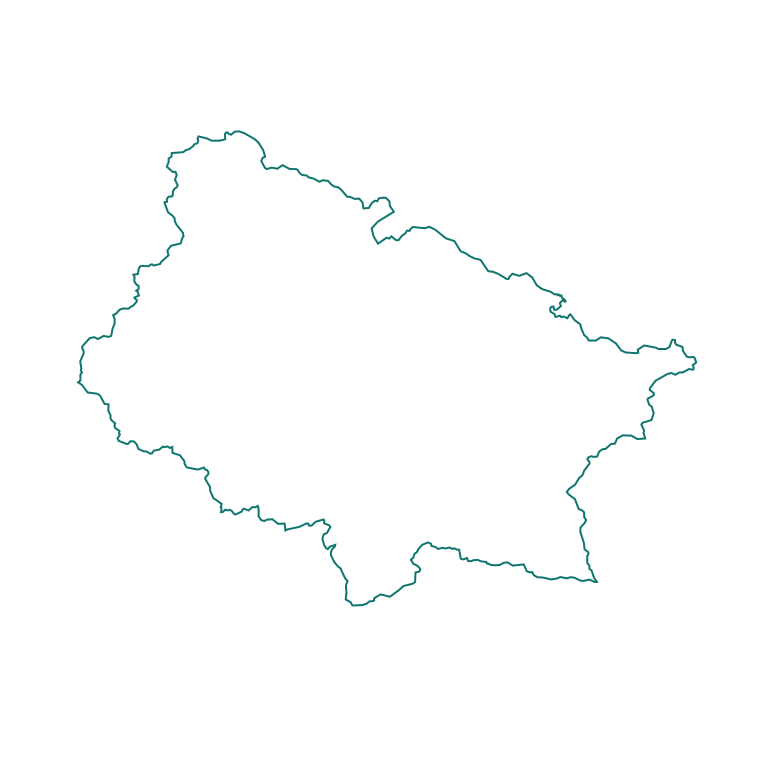 outline of Melgar, Puno, Peru, rotated 280°
{"feature_id": "86281439B3458988471442", "entity_name": "Melgar", "entity_type": "district", "adm_level": 2, "iso_a3": "PER", "parent_name": "Peru", "parent_adm1": "Puno", "projection": "orthographic", "projection_center": [-70.684, -14.635], "detail": "fine", "context": "isolated", "style": "outline", "palette": "teal", "viewbox_px": 768, "rotation_deg": 280, "n_neighbors": 0, "source": "geoboundaries", "source_scale": "gbopen_adm2", "svg_char_len": 6149}
<svg xmlns="http://www.w3.org/2000/svg" viewBox="0 0 768 768"><g transform="rotate(280 384 384)"><path d="M606.7,193.4L603.0,190.0L603.2,188.0L604.6,186.2L604.3,184.9L602.6,184.0L597.4,185.1L595.1,180.0L593.7,172.1L595.1,166.8L595.6,158.3L593.3,157.7L591.3,158.8L588.8,158.4L586.8,155.2L585.5,155.0L581.5,151.5L580.0,148.5L577.4,145.9L574.6,134.9L571.0,135.2L568.6,132.8L565.4,133.4L560.3,132.4L556.2,139.0L556.7,141.9L553.6,143.6L548.9,142.7L543.9,146.3L541.7,145.7L539.9,143.7L537.1,142.7L533.1,143.2L531.7,142.4L531.3,139.8L530.2,138.8L528.6,138.0L525.8,138.6L525.1,136.6L524.3,136.4L515.5,141.6L513.1,146.4L510.6,149.1L508.2,149.6L505.0,151.9L498.0,159.7L494.6,160.9L493.1,160.1L487.0,159.3L483.3,150.4L477.8,147.5L473.3,149.4L465.6,143.4L463.3,142.7L460.7,136.5L461.5,135.1L461.2,133.7L459.1,131.7L458.1,124.0L455.6,122.5L449.6,122.5L448.1,118.2L446.2,119.7L441.5,120.4L438.8,123.1L437.9,125.4L434.8,125.8L432.8,123.8L432.4,125.1L428.5,127.3L426.0,123.3L425.0,123.6L423.9,125.9L422.2,126.2L417.0,122.9L416.5,121.5L413.8,119.3L413.0,113.7L411.3,110.8L406.6,107.8L404.8,105.3L401.3,107.5L396.5,108.2L391.5,107.1L384.0,107.0L382.6,104.7L382.6,99.5L378.6,94.4L379.8,90.4L378.0,86.2L368.6,80.3L366.7,80.7L364.1,82.6L362.0,82.9L353.5,80.9L346.7,83.2L344.5,83.1L342.9,84.6L340.8,83.4L334.7,84.4L332.5,82.5L330.7,86.7L324.2,93.6L324.6,103.0L324.0,105.0L323.0,106.6L315.8,112.3L316.1,116.3L309.8,117.1L305.6,120.2L302.9,120.5L301.0,122.0L298.6,126.1L296.1,125.8L294.2,126.5L291.8,131.7L289.8,131.5L288.2,132.7L284.1,131.0L281.9,132.7L280.2,141.2L280.9,142.5L283.6,144.3L284.0,147.6L281.5,151.1L277.5,153.2L275.9,159.2L276.3,161.8L274.8,166.1L275.4,167.6L278.4,168.8L280.2,173.8L284.0,177.2L283.7,178.8L284.9,181.6L283.8,184.4L285.2,186.4L279.4,187.7L278.4,195.3L273.6,200.6L270.4,201.7L267.6,204.3L267.4,215.6L270.5,221.1L268.9,222.4L268.3,225.0L266.8,226.3L264.8,226.7L260.8,224.2L259.1,224.7L252.2,230.7L249.3,231.0L242.1,235.7L237.7,245.0L234.4,244.5L233.7,245.5L229.5,245.8L230.2,247.7L232.6,249.4L232.4,252.2L233.4,253.8L232.3,256.4L229.9,259.0L229.7,260.4L233.6,266.0L235.9,266.5L236.9,267.8L235.9,272.5L239.9,275.8L240.2,278.6L242.0,280.9L238.5,282.4L231.7,283.5L228.6,286.8L228.3,290.0L230.1,292.2L231.4,297.6L227.9,304.0L229.3,310.3L222.6,312.4L224.0,314.1L228.5,325.2L233.4,332.2L233.2,333.8L231.5,334.6L232.0,337.3L236.4,340.5L240.1,348.0L238.6,349.1L236.4,349.2L235.3,354.5L234.0,356.0L227.2,353.6L225.7,350.9L222.6,350.2L220.2,350.5L214.6,353.3L212.3,355.5L211.6,357.3L214.4,358.9L217.1,363.9L215.3,363.8L212.3,361.6L209.3,360.9L206.1,361.6L199.9,366.0L196.0,370.8L195.1,373.0L186.0,379.4L183.6,382.3L179.0,381.5L171.8,383.3L165.1,383.7L163.4,388.9L160.4,391.3L162.5,401.0L164.7,405.2L167.4,407.4L168.4,411.1L169.2,411.8L171.3,411.5L176.2,417.2L175.5,426.7L183.6,434.5L188.4,438.2L192.3,446.9L194.6,449.0L203.8,447.7L205.5,451.5L207.9,452.0L210.7,448.8L212.0,444.2L215.6,441.0L217.9,443.0L222.2,443.6L224.1,445.6L227.7,446.7L232.2,449.5L235.6,454.7L234.8,458.0L232.7,459.0L232.5,462.5L231.0,466.1L232.8,469.7L232.7,473.2L234.4,477.2L233.4,479.6L234.4,481.8L233.5,484.8L233.9,486.8L225.3,489.9L225.0,492.5L227.0,496.0L224.3,497.5L224.6,500.6L226.0,502.6L227.1,506.9L226.2,510.0L226.5,515.7L225.0,516.5L225.3,518.1L224.4,520.1L224.7,524.6L225.8,529.3L228.6,532.8L229.8,536.3L227.5,542.5L230.6,552.9L224.4,557.1L223.8,560.5L224.6,562.5L221.9,564.5L220.3,568.7L221.0,573.8L220.6,582.9L222.4,587.8L224.5,591.2L224.4,597.8L226.2,601.5L226.3,605.1L224.5,611.6L224.6,614.2L227.0,620.4L225.6,625.9L226.1,628.0L229.6,624.5L236.2,620.9L237.7,618.4L240.6,617.9L243.1,615.3L249.8,614.0L251.5,614.8L253.7,614.5L256.1,610.2L262.3,608.4L272.8,602.9L276.9,602.5L281.9,605.7L285.1,606.7L287.6,604.3L292.4,603.3L294.3,600.3L294.5,597.6L303.8,592.0L307.4,585.0L309.4,582.8L312.8,584.4L318.0,589.7L325.2,592.4L328.8,595.3L333.5,596.2L341.2,600.2L342.7,599.9L345.3,597.3L347.4,598.2L348.9,600.8L348.6,603.0L349.6,606.5L355.0,607.7L358.0,611.1L358.4,613.3L364.3,618.0L365.4,621.8L370.7,623.0L374.9,628.0L376.1,636.5L373.8,643.2L375.7,650.7L380.9,648.1L383.1,648.4L388.8,644.5L390.8,645.4L394.9,653.6L402.1,654.7L408.1,651.6L409.8,648.7L414.3,646.2L415.5,646.4L418.9,650.8L420.5,651.7L422.0,651.1L424.2,646.8L426.0,646.6L434.3,650.8L443.1,661.4L444.8,665.4L443.7,669.2L446.6,672.9L447.4,676.4L451.7,681.8L451.7,685.9L453.4,686.3L456.3,684.8L459.3,687.7L463.3,685.7L464.4,684.2L463.3,680.1L463.5,677.4L468.5,672.7L472.3,671.5L473.5,664.9L475.0,663.5L477.8,663.0L477.9,661.2L477.6,660.3L476.1,659.8L470.2,658.8L467.4,655.6L466.1,648.0L467.0,645.5L467.1,633.5L461.9,628.0L459.0,629.0L458.2,627.5L457.0,616.5L458.2,611.8L464.2,605.4L467.9,597.2L467.6,589.4L463.6,585.1L462.4,578.0L464.8,576.2L467.1,572.5L473.3,568.4L476.8,567.0L480.1,560.5L484.8,555.7L484.9,555.1L483.3,554.1L480.6,553.2L481.6,549.2L480.6,547.1L481.9,545.4L479.9,541.8L480.1,540.9L482.3,540.0L484.2,535.4L486.8,534.5L488.8,535.1L489.7,537.5L486.7,538.7L487.1,541.1L491.5,544.7L494.2,543.1L497.7,545.5L496.5,547.9L496.8,548.5L498.0,547.8L499.9,544.3L502.7,543.1L501.6,543.0L501.3,542.2L502.4,540.5L501.6,539.7L502.4,538.9L501.9,536.2L503.7,532.4L505.0,523.0L507.7,517.4L514.7,511.4L517.9,505.0L514.0,498.4L514.9,491.4L511.0,488.7L509.2,488.5L508.6,487.1L512.3,477.3L513.4,471.9L513.2,467.1L523.0,457.5L523.5,450.7L525.1,445.4L526.7,442.5L528.1,436.4L537.0,428.5L538.2,419.7L544.9,407.6L546.7,401.2L544.5,397.3L543.6,385.1L541.0,383.0L539.2,382.7L539.2,380.2L535.8,378.7L533.1,375.9L528.1,373.3L527.8,370.7L530.7,365.7L528.1,363.9L528.6,361.2L521.1,353.8L527.3,348.3L535.1,344.8L542.9,349.8L555.3,363.8L560.2,359.1L565.0,357.4L567.4,354.0L567.6,351.8L565.9,346.7L562.9,345.6L562.9,343.1L560.0,340.5L554.7,338.5L553.4,333.3L559.0,331.3L562.2,327.5L561.2,323.0L562.4,318.3L562.0,315.2L568.0,308.0L569.7,304.8L569.8,300.6L571.6,297.0L574.3,293.7L574.0,288.3L572.0,285.3L574.1,278.9L574.4,274.0L575.9,271.6L575.6,267.3L577.3,264.0L579.7,262.1L580.4,260.1L579.3,254.0L581.9,246.0L577.5,241.6L577.6,235.8L575.3,231.2L576.1,229.3L582.2,224.4L585.9,225.3L586.7,227.1L587.6,227.3L593.5,224.3L599.8,218.6L602.5,214.5L606.7,203.1L607.6,197.5L606.7,193.4Z" fill="none" stroke="#0f766e" stroke-width="2"/></g></svg>